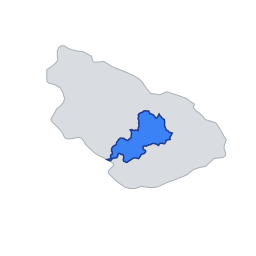 Wangdi Phodrang highlighted on a map of Bhutan, rotated 208°
{"feature_id": "BTN-2487", "entity_name": "Wangdi Phodrang", "entity_type": "District", "adm_level": 1, "iso_a3": "BTN", "parent_name": "Bhutan", "parent_adm1": "", "projection": "albers", "projection_center": [90.204, 27.588], "detail": "fine", "context": "in_parent", "style": "filled", "palette": "blue", "viewbox_px": 256, "rotation_deg": 208, "n_neighbors": 0, "source": "natural_earth", "source_scale": "10m", "svg_char_len": 4190}
<svg xmlns="http://www.w3.org/2000/svg" viewBox="0 0 256 256"><g transform="rotate(208 128 128)"><path d="M200.0,110.6L199.6,112.2L198.0,116.2L197.0,120.6L197.9,124.2L201.7,128.4L206.8,131.7L213.2,131.9L219.1,130.5L221.4,131.0L224.7,136.7L227.1,141.6L224.1,146.7L222.4,151.2L221.9,154.3L222.3,155.7L224.2,158.3L226.5,162.6L226.9,166.6L225.5,169.3L222.5,170.7L219.2,170.3L216.5,170.4L213.2,170.9L207.9,172.5L203.1,174.4L193.9,174.2L190.2,170.3L188.5,170.3L180.2,175.5L171.1,174.7L154.6,176.5L147.7,176.9L140.6,176.4L137.0,175.3L130.3,171.7L124.2,169.1L118.1,171.5L115.9,171.9L111.0,178.1L100.3,180.1L89.6,181.6L86.4,180.8L80.4,180.4L80.2,178.9L80.4,177.5L79.0,176.4L76.6,175.2L72.4,174.7L67.0,173.2L63.9,171.7L53.0,173.8L46.6,170.4L39.5,165.9L35.8,163.9L34.6,157.0L33.3,154.7L30.5,152.3L28.9,149.6L30.2,146.7L37.5,141.5L38.1,140.3L41.5,130.5L46.1,126.9L50.7,122.0L54.2,114.1L60.9,106.0L68.2,97.8L73.3,91.0L76.6,87.9L83.4,84.5L89.1,82.6L93.1,78.0L97.8,75.5L102.7,74.4L109.9,75.0L116.8,76.6L124.3,78.9L125.1,80.7L124.5,83.9L123.4,87.2L123.4,88.9L124.5,89.8L131.9,90.4L140.8,89.9L145.9,90.3L157.1,93.3L160.4,95.4L163.9,97.0L167.2,96.7L171.4,93.1L175.9,90.1L178.6,89.6L180.6,90.6L184.2,93.4L191.7,96.0L198.3,97.9L200.4,99.8L199.8,107.9L200.0,110.6Z" fill="#d9dde1" stroke="#a8b0b8" stroke-width="1"/><path d="M112.1,151.5L111.3,151.3L108.3,150.0L107.1,150.3L107.1,154.9L105.6,153.9L104.7,153.8L102.4,152.7L99.9,152.5L98.5,150.6L97.8,149.2L97.5,148.4L97.3,148.1L96.9,147.4L96.3,146.7L95.0,145.7L94.3,144.9L93.5,144.4L93.0,144.2L91.2,144.3L89.9,143.6L86.5,144.3L86.5,140.3L86.6,139.5L86.6,138.9L86.5,138.7L86.3,138.6L85.9,138.2L85.4,137.7L88.6,135.0L88.1,133.6L88.2,132.3L88.5,131.1L91.6,130.2L92.5,129.4L92.8,128.6L92.9,127.9L92.9,127.5L92.8,126.9L95.3,127.1L98.3,126.4L99.7,125.2L100.0,124.2L102.0,122.5L103.5,120.4L104.9,120.0L105.7,119.1L105.9,118.7L105.9,118.2L105.7,117.9L105.2,117.4L104.7,116.9L104.3,116.5L103.9,116.3L103.5,116.2L102.7,116.4L102.3,116.3L101.9,116.1L101.4,115.6L101.3,114.9L101.4,114.2L101.5,113.7L101.7,113.3L101.9,113.0L102.8,112.0L103.4,111.5L104.0,110.4L103.9,108.4L104.2,106.2L104.4,106.0L104.6,105.7L104.9,105.7L105.2,105.7L105.5,105.6L106.7,105.4L107.3,105.1L108.5,104.5L109.0,103.9L109.4,103.4L109.7,102.9L112.1,98.6L112.6,97.5L112.8,97.1L113.1,96.9L113.4,96.9L115.3,96.7L116.3,96.7L117.2,97.5L117.4,97.9L117.5,98.2L117.5,98.4L117.4,98.6L117.4,98.8L117.5,99.2L118.7,101.1L119.5,101.8L120.0,102.1L120.4,102.1L120.6,101.9L121.0,101.6L121.3,101.4L121.7,101.4L122.5,101.6L122.9,101.6L123.3,101.6L123.9,101.5L124.2,101.3L124.4,100.9L124.3,100.5L124.2,100.1L124.2,99.5L124.2,99.2L124.1,98.8L123.9,98.5L123.9,98.2L123.9,97.7L123.8,97.3L123.9,96.8L124.3,96.2L126.1,95.0L126.7,94.5L127.3,93.6L127.7,92.7L127.8,91.3L128.7,90.6L129.1,90.4L131.7,90.3L129.9,91.9L129.0,93.4L130.3,95.1L130.5,95.6L130.5,96.1L130.3,96.7L130.1,97.0L129.8,97.4L129.8,97.5L129.7,97.7L129.8,97.8L130.0,98.1L130.1,98.4L130.3,98.9L130.5,99.3L130.6,99.6L130.8,99.7L131.5,99.8L131.8,100.0L132.0,100.3L132.1,100.6L132.2,101.1L132.3,101.4L132.5,101.6L132.6,101.9L132.7,102.2L132.8,102.9L132.5,104.8L131.8,106.1L131.4,106.6L131.1,106.8L130.9,106.8L130.8,107.1L130.7,107.4L131.2,110.0L131.1,111.0L130.6,114.1L130.4,114.8L130.1,115.3L129.4,115.8L126.8,116.9L126.5,117.0L126.2,116.9L125.6,116.4L125.3,116.4L124.9,116.5L124.5,116.7L124.0,116.8L123.7,116.8L123.3,116.7L123.0,116.6L122.8,116.6L122.6,116.6L122.4,116.7L122.2,117.1L122.0,117.3L121.9,117.8L121.8,119.0L121.6,119.4L120.8,120.4L120.8,120.9L120.9,121.3L121.2,121.8L121.3,122.1L121.4,122.4L121.4,122.6L121.7,123.1L121.8,123.5L122.8,125.6L123.4,126.4L125.2,127.3L124.5,127.9L124.3,128.1L124.1,128.4L123.9,128.5L123.7,128.5L123.4,128.3L123.1,128.3L122.6,128.3L121.8,128.5L121.3,128.8L120.3,129.8L119.9,130.0L117.8,130.6L118.9,132.4L119.0,132.9L119.3,135.0L120.3,136.6L121.1,137.6L121.0,137.8L121.0,138.1L121.0,138.3L121.1,138.6L121.3,139.0L123.1,140.6L123.5,141.1L123.8,141.7L124.0,143.6L125.0,144.2L125.1,145.1L124.8,146.2L123.6,147.8L122.8,148.7L122.2,149.4L122.2,150.4L120.7,151.4L119.4,151.8L117.7,152.8L117.1,152.2L116.5,151.9L115.6,151.1L115.4,151.0L115.1,151.0L114.2,151.3L112.1,151.5Z" fill="#3b82f6" stroke="#1e3a8a" stroke-width="1.5"/></g></svg>